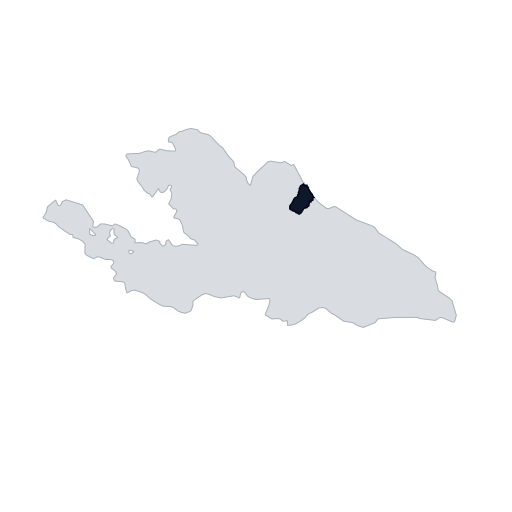 Ysyk-Ata, Chuy, Kyrgyzstan shown in context, rotated 31°
{"feature_id": "92254566B31675215078110", "entity_name": "Ysyk-Ata", "entity_type": "district", "adm_level": 2, "iso_a3": "KGZ", "parent_name": "Kyrgyzstan", "parent_adm1": "Chuy", "projection": "albers", "projection_center": [74.932, 42.711], "detail": "fine", "context": "in_parent", "style": "filled", "palette": "ink", "viewbox_px": 512, "rotation_deg": 31, "n_neighbors": 0, "source": "geoboundaries", "source_scale": "gbopen_adm2", "svg_char_len": 6962}
<svg xmlns="http://www.w3.org/2000/svg" viewBox="0 0 512 512"><g transform="rotate(31 256 256)"><path d="M118.2,301.6L119.5,300.9L123.4,300.3L131.3,299.9L133.9,300.6L139.2,304.0L143.3,303.8L144.0,304.3L145.5,307.0L151.4,303.2L155.5,302.2L157.8,298.3L162.4,293.6L166.2,293.0L166.2,293.8L166.9,294.5L170.8,295.7L172.0,294.5L172.7,292.8L171.4,289.9L171.4,288.8L172.7,287.1L178.8,289.9L180.1,289.9L183.0,288.5L185.6,286.0L186.6,284.0L199.4,277.6L200.3,276.4L200.1,275.6L194.9,273.9L192.5,274.7L190.3,274.7L189.0,273.7L182.6,273.1L181.2,272.4L177.1,267.5L172.0,264.3L169.4,264.4L166.3,265.6L165.4,265.0L165.3,260.4L164.8,257.7L163.0,257.0L160.7,258.0L154.3,256.3L153.8,250.6L151.5,245.5L148.2,243.4L148.2,240.4L147.1,239.1L146.1,239.4L144.7,240.8L145.2,244.2L144.6,247.5L143.8,249.1L142.3,250.3L140.6,250.3L137.7,248.5L136.9,258.5L136.3,259.1L132.9,257.5L130.1,258.0L125.9,257.2L122.9,255.4L116.9,253.3L114.1,251.3L112.7,244.4L111.1,241.9L109.6,241.4L103.0,243.4L96.6,238.9L93.4,237.8L92.6,236.5L92.8,235.0L103.3,228.0L107.5,223.1L110.0,221.0L116.4,219.0L118.1,214.4L118.6,213.8L125.1,211.8L132.4,208.0L132.6,206.9L132.0,205.8L125.7,201.7L122.4,203.3L120.6,201.0L120.7,198.8L123.0,195.0L124.9,193.1L125.8,189.4L128.5,187.0L131.3,183.2L134.7,180.1L140.7,177.9L144.0,178.9L147.1,178.4L152.0,176.6L155.0,176.6L167.3,180.0L171.3,180.3L180.8,184.5L188.3,186.7L191.9,190.5L204.0,192.5L207.3,193.6L208.5,195.5L211.9,197.9L214.8,198.4L212.4,189.4L213.5,184.0L217.6,169.4L219.6,167.2L229.5,163.2L231.8,160.2L238.8,160.3L240.2,159.8L241.1,158.1L262.7,171.0L271.0,174.6L282.4,177.9L292.1,178.9L293.8,178.1L297.6,173.1L299.4,172.8L323.4,173.4L340.5,170.3L343.0,170.4L349.5,173.1L369.8,173.3L377.8,174.9L390.4,173.7L395.8,173.8L405.5,177.0L408.9,177.6L415.2,177.9L417.6,177.2L419.0,177.9L420.6,182.4L426.8,187.9L429.2,190.9L431.5,192.1L442.8,192.4L447.1,193.4L458.2,203.6L460.0,209.9L459.0,211.3L447.9,212.8L445.4,213.9L443.0,218.8L428.3,225.4L426.1,225.4L406.5,237.3L392.9,247.1L392.5,251.6L384.7,262.0L378.6,263.4L373.4,263.3L364.8,266.7L353.8,266.0L350.0,266.3L342.8,265.0L339.9,265.8L336.8,268.0L332.7,276.1L331.0,278.0L330.3,279.9L329.7,283.8L328.1,288.0L324.6,294.3L321.5,297.3L318.6,299.2L316.3,295.4L312.6,298.1L309.0,297.6L306.9,298.4L302.0,301.8L294.7,301.7L293.9,300.6L292.4,291.4L291.1,287.1L290.0,286.1L288.7,286.0L278.4,293.3L273.5,294.6L269.6,294.8L264.4,292.7L263.2,293.2L262.3,294.4L262.0,295.9L263.5,299.9L263.1,300.7L260.7,300.7L257.4,301.6L247.4,310.1L241.0,312.2L235.1,313.0L231.6,314.5L229.5,317.6L225.5,326.3L225.7,328.2L227.3,330.5L228.4,335.8L228.1,337.2L224.9,341.5L220.8,342.8L217.6,343.4L211.5,342.7L208.3,343.5L202.5,346.8L197.7,347.3L188.7,347.2L180.0,345.7L177.0,346.0L169.2,347.8L166.4,350.8L164.9,353.6L164.1,353.9L161.1,351.2L157.3,346.6L155.3,346.6L148.2,350.1L147.1,349.9L145.2,348.4L145.6,342.8L143.4,341.5L138.6,341.0L137.1,339.7L137.8,336.0L137.3,334.6L136.1,333.5L133.6,333.7L128.5,336.6L122.6,337.4L120.5,338.3L118.1,342.1L110.2,342.6L107.8,341.6L103.4,333.9L99.5,332.6L95.3,332.7L89.7,334.3L88.4,332.6L87.0,332.1L85.6,333.3L78.8,333.1L71.8,332.5L67.9,331.4L65.4,331.3L60.1,333.0L53.8,333.0L53.6,326.0L52.0,321.3L54.4,313.7L55.6,311.3L60.1,314.5L61.8,314.1L62.4,312.7L61.9,309.2L64.4,305.6L81.1,301.5L98.8,310.0L100.9,314.9L102.5,314.8L105.1,312.8L106.1,308.7L109.7,306.5L117.6,304.1L118.2,301.6ZM126.7,319.0L127.1,318.3L125.9,314.7L127.9,311.4L124.2,310.7L122.4,309.6L120.5,306.1L119.8,306.0L118.6,306.8L117.9,309.0L118.4,311.4L120.9,313.8L119.4,318.5L124.8,319.4L126.7,319.0ZM107.6,321.4L107.5,320.4L106.3,319.8L99.5,318.2L99.7,319.1L102.2,322.8L104.1,323.1L107.6,321.4ZM148.4,317.0L148.9,314.9L144.7,316.0L144.2,317.1L145.6,318.5L147.3,319.1L148.4,317.0Z" fill="#d9dde1" stroke="#a8b0b8" stroke-width="1"/><path d="M260.2,170.3L259.8,170.5L259.8,171.0L259.2,171.0L259.2,170.6L258.9,171.1L258.8,171.5L258.8,171.9L258.6,172.3L258.3,172.5L258.1,173.0L258.3,173.4L258.3,173.6L258.2,173.6L258.1,174.4L258.2,174.1L258.6,174.1L258.3,175.5L258.5,175.6L258.5,175.9L258.5,176.2L259.2,176.4L259.2,177.6L259.7,179.0L259.6,179.7L260.3,179.9L260.4,180.1L260.4,180.6L260.4,181.3L260.2,182.1L260.4,182.6L260.8,182.9L261.0,183.4L260.9,183.9L260.6,184.4L260.2,185.0L259.8,185.5L259.6,185.9L259.3,186.5L259.2,187.2L259.2,187.9L259.3,188.8L259.4,189.3L259.5,190.3L259.5,190.7L259.5,191.5L259.6,192.5L259.5,193.5L259.3,194.3L259.2,195.3L259.4,195.7L259.5,196.1L260.0,197.1L260.2,197.4L260.6,198.0L260.9,198.3L261.2,198.2L261.3,198.2L261.4,198.3L261.6,198.3L262.1,198.4L262.3,198.3L262.4,198.2L262.5,198.2L262.8,198.2L263.0,198.2L263.3,198.2L263.5,198.3L263.5,198.2L263.8,198.1L264.0,198.2L264.3,198.0L264.5,198.0L264.6,197.9L264.8,197.8L264.9,197.7L265.0,197.8L265.2,198.0L265.3,198.1L265.5,198.1L265.8,198.0L265.8,197.9L266.0,197.8L266.2,197.7L266.3,197.5L266.5,197.7L267.1,197.7L267.1,197.8L267.3,197.9L267.7,198.1L267.9,198.2L268.2,198.2L268.6,198.1L268.7,197.9L268.9,197.7L269.0,197.6L269.3,197.7L269.5,197.2L269.8,197.2L270.0,197.2L270.2,197.3L270.2,197.6L270.4,197.8L270.5,198.0L271.5,197.8L271.7,197.5L271.9,196.8L272.0,196.3L272.3,195.9L272.5,195.5L272.5,194.6L272.4,194.0L272.5,193.0L272.5,192.1L272.4,191.2L272.6,190.6L272.8,190.1L273.3,189.7L273.6,189.3L273.6,188.8L273.7,188.6L274.2,188.6L274.4,188.6L274.6,188.5L274.8,188.0L274.8,187.4L274.6,187.4L274.5,187.5L274.4,187.8L274.2,188.0L273.9,188.0L273.7,187.9L273.6,187.7L273.7,187.3L273.9,187.1L274.2,187.1L274.5,187.0L275.1,186.6L275.4,186.1L275.4,185.7L275.2,185.1L274.8,184.4L274.4,183.3L274.1,182.8L273.9,182.5L273.8,182.3L273.9,181.7L274.0,181.3L274.1,181.2L275.2,181.5L275.2,181.4L275.2,181.2L274.9,180.2L274.9,179.9L275.3,179.5L275.6,179.4L275.8,179.1L275.9,178.8L275.9,178.5L275.7,178.2L275.4,178.0L274.9,177.7L274.8,177.4L274.8,177.0L275.4,176.2L275.5,176.0L275.4,176.0L275.3,175.9L275.1,175.9L274.9,175.8L274.6,175.7L274.2,175.5L274.1,175.4L273.9,175.3L273.8,175.2L273.7,175.2L273.3,174.9L273.2,174.9L273.0,174.7L272.9,174.6L272.6,174.3L272.4,174.3L272.3,174.2L272.2,174.1L271.9,174.2L271.7,174.1L271.6,173.9L271.2,173.7L270.9,173.7L270.8,173.8L270.6,173.8L270.5,173.7L270.4,173.7L270.2,173.6L270.1,173.4L269.8,173.3L269.7,173.3L269.6,173.2L269.4,173.1L269.3,172.9L269.2,172.9L268.9,172.7L268.7,172.7L268.4,172.7L268.2,172.6L268.2,172.4L267.9,172.2L267.7,172.1L267.4,172.0L267.2,171.8L267.0,171.7L266.9,171.7L266.7,171.8L266.6,171.7L266.4,171.4L266.2,171.3L265.9,171.3L265.9,171.2L265.7,171.1L265.6,170.9L265.4,170.8L265.3,170.7L265.3,170.8L265.2,170.7L265.0,170.8L264.9,170.7L264.7,170.5L264.7,170.4L264.8,170.3L264.7,170.3L264.7,170.2L264.4,170.1L264.2,170.1L264.0,169.9L264.0,170.0L263.9,170.0L263.8,169.9L263.7,169.9L263.4,169.8L263.3,169.7L263.3,169.8L263.2,169.8L262.9,169.9L262.7,169.8L262.4,169.9L262.4,170.0L262.2,169.9L262.1,170.0L262.0,169.9L261.9,169.9L261.7,169.9L261.4,170.0L261.2,170.2L261.2,170.3L261.1,170.2L261.0,170.3L260.9,170.3L260.8,170.2L260.7,170.2L260.5,170.3L260.4,170.4L260.2,170.3L260.2,170.3Z" fill="#0f172a" stroke="#020617" stroke-width="1.5"/></g></svg>